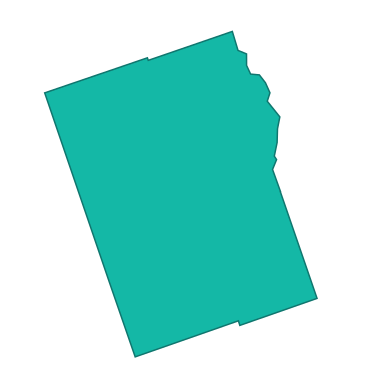 the district of Wheatland, Montana, United States of America, rotated 71°
{"feature_id": "52423323B53339114724210", "entity_name": "Wheatland", "entity_type": "district", "adm_level": 2, "iso_a3": "USA", "parent_name": "United States of America", "parent_adm1": "Montana", "projection": "natural_earth1", "projection_center": [-109.939, 46.486], "detail": "fine", "context": "isolated", "style": "filled", "palette": "teal", "viewbox_px": 384, "rotation_deg": 71, "n_neighbors": 0, "source": "geoboundaries", "source_scale": "gbopen_adm2", "svg_char_len": 463}
<svg xmlns="http://www.w3.org/2000/svg" viewBox="0 0 384 384"><g transform="rotate(71 192 192)"><path d="M53.3,101.6L53.3,190.5L50.6,190.5L50.3,299.0L249.7,299.5L329.4,299.4L328.9,190.1L333.7,190.2L333.3,108.4L220.4,108.4L220.4,108.2L196.9,108.5L188.9,101.5L184.9,102.5L172.9,95.4L160.1,90.6L149.6,84.5L130.7,91.3L123.6,86.0L112.6,87.0L103.2,90.2L99.6,98.2L90.1,99.2L79.2,95.5L73.1,102.4L53.3,101.6Z" fill="#14b8a6" stroke="#0f766e" stroke-width="1.5"/></g></svg>